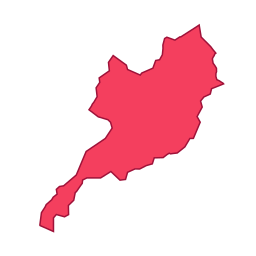 Ukanafun, Akwa Ibom, Nigeria, rotated 172°
{"feature_id": "59680162B24434385919413", "entity_name": "Ukanafun", "entity_type": "district", "adm_level": 2, "iso_a3": "NGA", "parent_name": "Nigeria", "parent_adm1": "Akwa Ibom", "projection": "robinson", "projection_center": [7.61, 4.901], "detail": "fine", "context": "isolated", "style": "filled", "palette": "rose", "viewbox_px": 256, "rotation_deg": 172, "n_neighbors": 0, "source": "geoboundaries", "source_scale": "gbopen_adm2", "svg_char_len": 1374}
<svg xmlns="http://www.w3.org/2000/svg" viewBox="0 0 256 256"><g transform="rotate(172 128 128)"><path d="M198.9,50.5L197.8,59.6L191.8,64.0L189.2,71.5L188.0,72.1L183.4,77.1L181.0,79.6L180.2,82.8L175.7,84.3L162.0,82.4L151.0,87.3L143.2,77.5L137.6,77.4L134.6,84.2L126.8,86.5L122.1,85.8L115.3,88.2L112.6,88.6L108.9,89.1L106.2,94.8L97.3,93.8L93.2,96.2L90.7,97.3L89.5,96.5L87.1,96.5L82.7,96.4L74.3,101.4L68.2,109.0L64.7,108.6L55.7,123.7L58.0,129.7L51.6,138.4L52.4,144.6L48.5,148.2L41.8,150.2L39.8,155.3L27.2,158.4L27.6,159.1L29.4,160.6L31.1,162.1L33.3,163.5L33.8,167.0L33.3,169.9L32.5,171.4L32.1,174.9L33.4,177.9L34.7,180.3L34.8,182.8L34.8,184.8L33.9,186.2L32.6,187.7L31.8,189.2L30.6,189.9L33.0,193.8L34.8,197.1L42.9,207.9L43.2,220.1L46.0,218.7L63.0,210.9L64.0,211.0L69.3,208.5L76.9,212.5L79.3,211.5L81.9,205.3L82.3,201.8L83.8,195.7L87.2,191.2L91.2,191.0L95.0,183.8L106.8,180.5L108.5,178.7L120.3,186.0L120.9,190.5L132.6,201.8L138.2,195.7L138.5,187.2L149.6,181.6L149.6,177.1L154.0,172.2L154.2,163.3L158.2,158.3L160.0,156.6L161.2,154.7L164.1,151.5L155.9,143.2L146.7,139.0L144.5,136.1L143.7,130.1L151.9,120.8L172.7,110.6L184.4,90.9L185.8,88.6L199.8,79.7L204.0,79.6L207.5,77.2L207.4,72.4L211.7,69.9L213.6,67.5L219.6,63.6L221.1,61.3L225.5,56.2L228.8,44.1L228.6,43.6L216.2,35.9L214.3,49.4L211.0,52.3L203.2,48.9L198.9,50.5Z" fill="#f43f5e" stroke="#9f1239" stroke-width="1.5"/></g></svg>